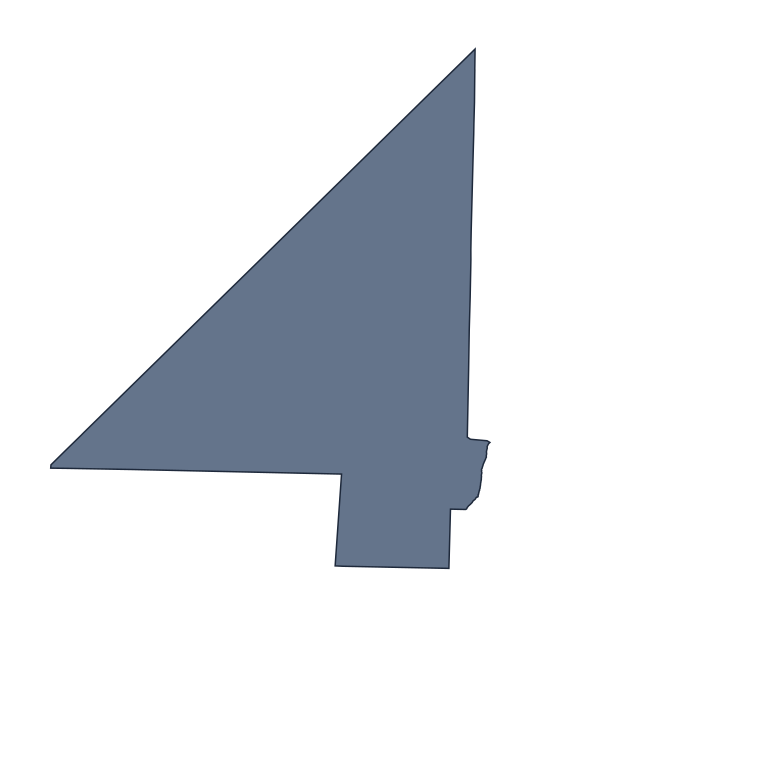 Adolfo Alsina, Buenos Aires, Argentina, rotated 46°
{"feature_id": "61730980B72509942222407", "entity_name": "Adolfo Alsina", "entity_type": "district", "adm_level": 2, "iso_a3": "ARG", "parent_name": "Argentina", "parent_adm1": "Buenos Aires", "projection": "albers", "projection_center": [-62.685, -37.171], "detail": "fine", "context": "isolated", "style": "filled", "palette": "slate", "viewbox_px": 768, "rotation_deg": 46, "n_neighbors": 0, "source": "geoboundaries", "source_scale": "gbopen_adm2", "svg_char_len": 2389}
<svg xmlns="http://www.w3.org/2000/svg" viewBox="0 0 768 768"><g transform="rotate(46 384 384)"><path d="M244.3,123.3L238.0,117.1L224.3,103.6L221.1,100.4L220.6,100.0L206.3,85.8L206.5,109.1L206.5,110.7L206.8,155.4L207.3,216.1L207.3,216.4L207.3,218.8L207.4,227.2L208.9,424.8L208.9,429.9L210.4,633.5L210.5,638.0L210.6,660.8L210.8,679.7L213.0,682.2L224.5,670.6L227.9,667.2L229.4,665.7L244.5,650.6L270.7,624.4L419.3,477.1L480.9,545.5L486.6,540.1L561.7,465.4L520.2,423.1L530.9,412.5L531.0,412.3L531.1,411.9L531.2,411.3L531.0,410.7L530.7,410.0L530.6,409.4L530.5,408.6L530.4,407.8L530.4,407.4L530.5,406.8L530.5,406.4L530.5,405.8L530.6,405.3L530.5,404.6L530.5,404.0L530.5,403.4L530.5,402.9L530.4,402.6L530.3,402.4L530.2,402.1L530.1,401.5L530.0,401.0L530.0,400.4L530.1,399.9L530.2,399.4L530.2,398.9L530.2,398.4L530.1,397.8L529.9,397.2L529.8,396.8L529.7,396.4L529.7,396.1L530.0,395.8L530.2,395.4L530.3,395.1L530.4,394.8L530.2,394.4L529.9,393.9L529.5,393.7L529.2,393.5L529.0,393.0L529.0,392.6L528.8,392.4L528.5,392.1L528.4,391.8L528.3,391.6L528.0,391.4L527.9,391.1L527.8,390.8L527.7,390.6L527.3,390.2L527.0,389.7L526.9,389.1L526.5,388.8L526.1,388.2L525.9,387.6L525.6,387.2L525.3,386.8L524.9,386.5L524.7,386.2L524.5,385.8L524.3,385.5L524.0,385.2L523.7,384.7L523.4,384.4L523.0,384.0L522.8,383.7L522.5,383.4L522.1,383.0L522.0,382.6L521.8,382.3L521.2,381.7L520.9,381.1L520.5,380.7L520.2,380.2L519.8,379.8L519.3,379.4L518.9,378.9L518.5,378.3L518.0,378.0L517.6,377.7L517.4,377.4L517.0,376.9L516.6,376.5L516.3,375.9L515.9,375.3L515.4,375.0L515.0,374.8L514.4,374.4L514.1,373.8L513.6,373.6L513.2,373.2L512.9,372.6L512.8,372.0L512.5,371.5L512.2,371.0L511.9,370.6L511.7,370.1L511.5,369.6L511.2,369.2L510.8,368.6L510.5,368.0L510.3,367.5L510.1,366.8L509.7,366.2L509.6,365.6L509.3,365.1L509.2,364.7L508.9,364.1L508.7,363.4L508.3,362.7L508.1,362.3L508.0,362.0L507.8,361.4L507.7,361.1L507.2,360.8L506.9,360.5L506.5,360.1L506.2,359.6L505.7,358.9L505.1,358.3L504.6,357.9L504.0,357.6L503.6,356.9L503.1,356.3L502.8,355.8L502.4,355.1L502.1,354.6L501.8,354.2L501.3,353.8L500.7,353.3L500.4,352.6L500.2,352.0L499.9,351.3L499.7,350.6L499.6,350.2L499.6,349.7L499.6,349.3L499.6,348.8L499.6,348.4L496.4,349.3L483.8,360.2L480.1,361.0L432.3,313.0L404.3,285.1L381.2,261.5L360.6,240.8L354.9,235.1L347.9,228.4L334.9,215.4L280.4,160.0L266.8,146.1L258.7,138.0L244.3,123.3Z" fill="#64748b" stroke="#1e293b" stroke-width="1.5"/></g></svg>